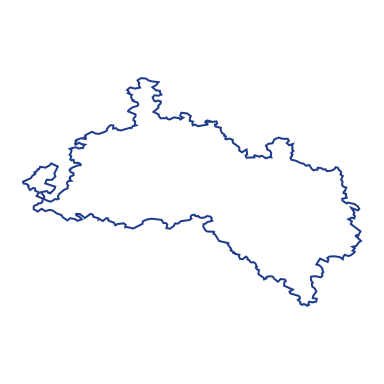 outline of Ballybay-Clones Lea-5, Monaghan, Ireland
{"feature_id": "5873133B63636578816304", "entity_name": "Ballybay-Clones Lea-5", "entity_type": "district", "adm_level": 2, "iso_a3": "IRL", "parent_name": "Ireland", "parent_adm1": "Monaghan", "projection": "equal_earth", "projection_center": [-7.062, 54.133], "detail": "fine", "context": "isolated", "style": "outline", "palette": "blue", "viewbox_px": 384, "rotation_deg": 0, "n_neighbors": 0, "source": "geoboundaries", "source_scale": "gbopen_adm2", "svg_char_len": 5967}
<svg xmlns="http://www.w3.org/2000/svg" viewBox="0 0 384 384"><path d="M342.8,176.0L340.5,174.5L341.3,172.4L340.9,171.5L338.6,169.6L338.2,168.1L336.8,167.4L335.6,167.2L334.7,168.8L332.2,170.4L328.6,171.0L326.9,171.2L325.5,169.3L323.1,169.5L321.8,168.3L317.8,167.7L317.5,169.8L315.1,169.7L313.8,170.4L312.1,169.3L309.2,165.0L306.1,165.8L303.3,163.5L301.2,163.4L296.3,160.9L291.3,159.7L290.5,157.5L292.0,156.1L291.7,155.4L292.5,154.5L291.2,152.9L293.4,151.0L292.2,149.4L292.6,147.9L292.0,145.6L292.9,144.0L289.1,145.2L286.8,143.1L288.9,140.7L287.7,138.8L282.5,138.8L278.8,137.6L274.4,139.3L272.5,143.3L268.3,143.8L265.9,145.7L267.3,148.1L267.1,149.4L270.2,151.0L271.3,153.4L270.7,155.3L271.3,157.3L270.1,156.9L266.0,158.3L262.3,156.0L261.1,155.8L259.8,156.8L254.7,155.3L254.1,156.0L254.4,157.4L246.5,157.7L245.6,155.4L247.2,154.3L246.5,149.5L242.0,152.3L239.2,150.4L239.4,148.0L238.4,146.6L233.1,142.9L232.5,140.8L232.9,140.1L230.1,138.6L226.2,139.3L225.3,138.9L225.9,136.4L224.1,135.7L224.4,134.5L221.8,132.7L220.6,129.9L220.8,127.8L215.2,126.4L215.0,124.6L216.5,124.3L217.1,123.3L216.5,121.4L212.4,121.9L208.5,120.8L209.0,121.7L205.8,121.0L205.3,122.3L207.4,123.6L207.4,124.6L198.1,126.2L195.2,124.6L192.7,125.3L192.4,123.2L193.0,121.6L189.8,120.9L190.0,118.0L190.8,116.2L187.4,113.5L181.4,112.7L180.1,115.5L181.2,116.9L183.2,117.6L180.4,119.5L179.0,118.1L173.9,117.4L169.8,119.5L167.6,118.9L166.5,117.5L165.5,118.2L160.6,118.3L158.7,115.8L158.7,114.4L153.5,111.9L158.5,107.7L158.1,106.1L160.6,103.4L160.9,101.6L158.2,100.5L155.4,101.5L153.8,100.2L152.6,97.4L154.4,95.3L158.6,95.7L161.4,94.6L160.1,92.9L159.9,90.8L156.0,90.4L152.4,87.2L155.9,85.3L158.5,82.1L151.9,81.4L148.3,80.3L145.9,78.5L140.8,78.2L137.5,80.3L139.3,83.1L138.7,83.6L138.9,85.2L140.0,87.6L135.1,88.6L130.2,87.4L127.1,90.0L129.1,92.1L127.9,93.2L131.8,94.9L131.1,95.5L131.2,97.5L132.4,100.0L133.3,100.1L133.0,101.0L137.3,102.4L138.0,103.4L138.3,104.7L137.6,105.8L132.5,107.4L128.6,110.2L128.1,111.4L135.5,114.4L135.5,116.3L133.5,118.6L133.4,120.3L135.2,121.4L134.8,124.5L136.2,125.3L132.6,126.2L131.4,128.1L130.0,127.8L121.1,130.4L117.8,130.0L116.2,128.2L113.1,128.6L113.4,125.5L111.0,125.2L109.7,125.7L106.8,129.1L107.0,130.4L104.9,131.8L98.9,133.9L95.6,133.5L92.0,131.8L85.2,135.3L85.5,136.4L84.5,137.2L85.9,138.0L85.7,139.1L81.5,138.2L76.3,139.9L75.6,140.8L76.4,141.3L75.0,143.7L75.6,144.7L79.4,142.7L80.9,143.9L85.0,144.7L83.4,145.9L83.2,147.9L78.5,148.5L77.7,147.7L74.6,147.4L69.8,148.8L71.6,150.2L70.7,153.5L69.6,154.8L71.3,156.3L70.3,159.5L71.5,160.4L73.4,159.7L74.3,162.9L78.7,162.9L80.5,164.0L80.7,165.1L78.0,165.3L73.1,167.3L70.4,168.8L70.5,169.5L69.5,170.1L71.0,172.4L73.4,173.1L73.6,175.2L70.3,176.6L69.7,178.0L70.2,178.2L69.9,179.9L71.2,180.7L68.2,181.2L67.0,182.6L67.1,184.1L68.2,185.7L67.6,186.4L67.6,188.3L64.0,189.9L59.0,194.1L57.9,196.5L58.8,198.7L57.5,199.4L55.4,199.0L50.7,201.7L47.1,200.6L44.0,199.0L44.2,196.3L40.8,192.3L46.8,191.0L48.3,192.9L49.2,192.6L50.2,193.4L54.5,189.1L55.2,186.7L45.2,183.4L46.7,179.8L51.9,179.9L55.4,176.5L54.3,173.6L57.8,166.5L51.1,163.4L50.1,165.0L45.8,167.6L40.1,166.8L39.3,168.9L37.9,169.2L38.1,169.8L35.6,171.7L35.7,172.3L34.3,172.6L35.1,174.1L32.5,175.7L30.8,178.2L23.0,181.7L23.5,183.5L26.6,184.0L28.7,185.8L28.1,186.8L30.0,190.0L33.1,188.0L35.1,188.4L35.1,190.6L39.0,192.5L36.6,196.0L42.9,198.6L42.5,201.5L41.4,203.0L37.9,203.6L37.7,204.5L34.4,205.7L33.7,206.6L33.7,209.2L37.7,211.5L41.6,208.8L45.3,211.1L49.8,209.9L52.9,210.6L56.9,213.5L61.4,215.0L62.8,217.3L67.4,220.4L70.2,218.2L74.9,219.1L77.4,220.8L81.9,219.3L79.2,216.6L76.5,215.5L76.0,214.2L76.8,213.9L79.9,214.0L84.9,218.0L90.5,213.8L93.0,214.9L93.5,216.9L98.4,218.2L98.4,219.3L98.9,218.8L102.8,221.0L106.5,218.1L108.1,218.5L108.2,219.9L109.2,221.0L113.9,222.6L115.3,225.3L117.6,224.0L123.6,223.3L125.6,224.6L125.2,227.3L126.8,227.0L133.2,228.5L142.5,223.8L142.9,221.3L146.9,219.5L151.7,218.7L161.6,219.9L163.3,222.9L166.2,223.2L167.3,224.7L166.4,228.1L169.9,228.7L173.7,226.1L175.0,223.5L178.0,223.6L180.9,221.2L189.4,220.0L191.4,218.7L190.6,217.6L190.9,215.9L192.1,215.1L194.7,214.7L195.2,215.9L197.4,216.4L198.1,215.9L199.9,217.6L202.0,217.9L205.2,217.3L206.7,216.1L210.1,216.5L211.7,217.8L211.4,219.7L212.2,220.8L207.3,222.1L205.6,223.6L203.4,224.3L203.4,227.0L205.6,230.5L207.3,231.5L213.4,231.7L214.1,232.1L213.4,233.7L215.2,234.7L219.1,241.0L228.3,243.1L227.8,244.4L230.9,248.5L231.3,249.6L230.7,250.3L233.6,252.1L233.3,252.9L234.9,253.1L235.2,254.0L239.4,254.8L239.0,256.7L240.1,258.9L242.8,259.1L246.0,256.6L247.6,257.9L247.6,259.5L249.5,260.4L250.1,261.6L251.3,262.4L253.7,262.2L255.5,263.7L256.9,266.8L255.8,267.5L256.0,268.0L256.9,269.3L258.9,270.0L258.4,274.2L263.7,277.8L264.1,279.4L266.4,278.4L266.3,277.3L267.2,276.7L270.1,276.2L272.7,276.6L274.8,279.3L278.0,281.7L280.7,279.0L285.1,279.6L285.8,281.1L284.3,282.4L284.1,285.7L292.9,289.6L289.5,291.7L290.3,293.4L298.4,295.8L299.6,296.7L300.0,298.5L297.9,299.9L300.6,302.4L300.3,303.8L302.2,304.9L303.9,303.9L307.3,305.8L308.9,304.8L308.2,304.1L309.2,301.7L312.5,302.4L316.3,301.6L316.7,298.8L312.8,298.1L313.3,295.6L316.4,291.5L314.8,288.5L312.2,286.5L311.8,283.7L312.8,282.8L311.0,280.2L310.9,277.3L311.3,276.5L315.6,276.2L320.7,277.3L322.4,276.0L322.0,273.5L323.4,272.0L322.3,269.9L322.5,268.6L319.5,265.4L316.4,264.5L320.1,258.6L327.6,262.0L328.5,259.7L327.3,258.0L329.6,256.5L334.7,256.3L339.7,257.1L342.8,259.2L343.1,257.1L344.7,254.8L348.2,256.0L350.8,255.3L354.2,252.6L354.7,251.6L352.6,250.7L354.8,248.2L352.5,246.8L356.4,245.8L358.4,242.8L361.0,240.9L355.7,236.0L356.8,234.9L358.2,235.8L360.4,231.2L350.8,224.0L351.9,221.3L348.4,219.2L352.0,217.6L354.2,218.5L354.8,217.2L354.7,215.6L353.5,214.6L354.4,212.5L351.3,207.9L357.8,210.4L359.3,209.0L357.8,206.3L354.4,204.0L347.7,202.6L346.8,203.5L342.5,200.7L342.2,198.8L346.7,197.7L345.9,195.8L346.1,193.9L343.6,193.2L343.7,191.9L344.6,191.5L346.3,187.6L342.8,186.3L342.0,184.2L342.6,181.6L341.1,179.6L342.8,176.0Z" fill="none" stroke="#1e3a8a" stroke-width="2"/></svg>